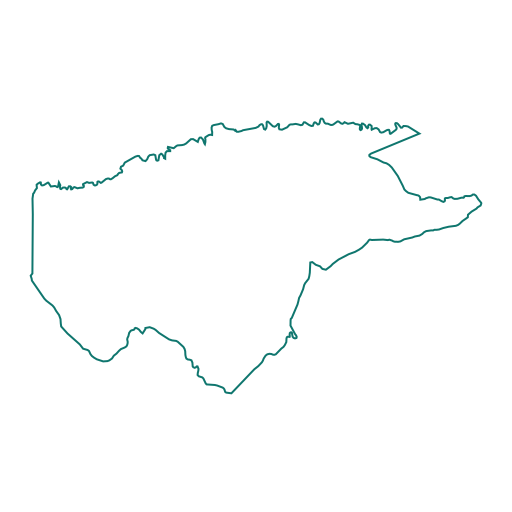 map outline of Guaviare (Mercator projection)
{"feature_id": "COL-1423", "entity_name": "Guaviare", "entity_type": "Commissiary", "adm_level": 1, "iso_a3": "COL", "parent_name": "Colombia", "parent_adm1": "", "projection": "mercator", "projection_center": [-71.908, 1.785], "detail": "fine", "context": "isolated", "style": "outline", "palette": "teal", "viewbox_px": 512, "rotation_deg": 0, "n_neighbors": 0, "source": "natural_earth", "source_scale": "10m", "svg_char_len": 6045}
<svg xmlns="http://www.w3.org/2000/svg" viewBox="0 0 512 512"><path d="M103.2,361.4L96.8,359.3L94.1,357.7L91.9,356.0L90.5,354.2L89.0,351.0L87.6,350.0L83.1,348.7L79.8,344.4L67.5,333.5L61.2,326.5L60.8,323.6L60.5,319.1L59.1,315.1L56.1,310.9L54.2,307.5L52.5,305.5L46.3,300.7L44.3,298.6L31.9,280.6L31.7,278.9L30.7,275.7L32.4,273.5L32.8,214.3L32.5,198.6L33.2,193.7L34.1,192.7L35.1,190.4L36.9,188.1L36.6,184.8L37.6,183.8L40.1,182.3L40.8,182.5L40.9,184.4L41.7,185.3L42.7,185.4L44.0,185.0L47.7,182.7L48.4,182.7L50.9,186.5L54.9,186.0L56.0,186.3L56.8,186.9L57.6,187.1L58.1,186.3L58.9,182.4L60.3,185.2L60.0,186.5L60.1,188.1L60.5,189.0L61.1,189.1L62.9,187.6L64.9,187.5L66.0,188.1L66.6,189.2L67.2,189.3L68.9,186.3L70.3,186.3L71.0,186.9L70.8,188.7L71.2,189.4L72.2,189.1L73.4,187.5L74.5,187.1L77.5,188.3L79.7,187.8L82.7,187.6L83.8,186.8L83.8,185.7L83.0,184.9L83.1,184.1L87.0,182.1L89.1,182.9L92.2,182.5L92.9,182.8L93.6,184.7L94.6,185.4L95.6,185.4L96.8,184.8L97.4,183.8L97.4,181.9L98.1,181.4L99.1,181.6L100.8,182.9L101.6,182.6L105.9,179.1L107.8,178.5L108.9,178.5L109.6,179.1L110.8,179.3L112.5,178.3L115.1,176.2L117.3,175.2L118.1,173.9L119.2,172.9L121.9,172.4L122.2,171.3L121.8,170.1L120.4,168.7L121.0,166.7L123.2,165.6L124.8,162.6L135.4,156.6L137.7,155.9L139.0,156.0L140.2,157.8L141.3,158.6L142.5,160.3L145.5,161.1L147.2,159.2L148.3,156.6L149.7,155.2L153.7,154.5L155.3,155.2L156.0,159.3L156.4,160.3L157.2,160.7L158.4,160.3L159.3,155.2L161.1,153.7L162.3,154.4L164.3,157.8L163.4,157.8L165.2,158.7L165.2,155.2L165.6,152.6L167.0,151.1L170.2,151.1L170.2,150.2L168.0,148.7L167.7,148.1L168.0,146.9L173.7,148.2L176.5,145.9L177.6,145.4L181.9,145.1L184.1,144.6L186.1,143.5L190.9,139.2L193.1,139.1L197.8,141.9L198.6,139.3L199.6,137.7L201.0,137.5L202.9,139.4L204.4,143.5L204.9,144.2L205.4,141.9L205.4,139.3L205.1,138.0L205.4,137.2L208.7,135.1L210.3,134.7L212.1,135.0L212.2,132.0L211.7,129.9L211.6,127.5L212.2,125.8L213.7,125.1L218.4,124.2L221.0,123.4L222.7,124.0L224.4,127.0L226.1,128.3L229.0,129.1L233.7,129.5L235.1,130.7L235.6,130.1L236.7,131.7L238.2,131.8L241.5,131.0L243.1,130.2L255.7,127.9L258.4,126.6L259.6,125.1L261.2,124.2L262.2,124.3L263.0,125.4L264.0,129.0L265.2,129.6L266.2,128.3L266.7,126.1L266.6,122.4L267.2,121.6L268.2,121.8L272.8,126.2L274.6,126.7L276.0,126.0L277.9,124.0L278.7,123.9L279.1,124.6L278.8,127.9L279.4,129.3L282.0,129.7L287.2,127.3L289.5,124.8L290.8,124.4L292.5,124.4L295.7,123.9L298.1,124.4L300.8,125.2L302.4,124.8L303.9,122.3L305.0,122.3L309.1,125.0L311.4,126.0L312.9,125.8L313.8,123.3L314.5,122.4L315.6,122.5L317.8,124.5L318.9,124.2L319.6,123.0L320.3,119.8L321.0,118.7L322.3,118.7L323.3,119.7L323.8,121.4L324.7,122.9L325.8,123.6L327.9,123.7L330.6,124.9L331.9,125.0L333.3,124.5L337.5,121.4L338.6,121.5L341.2,123.5L342.5,123.8L343.7,123.1L344.5,122.2L348.0,123.8L353.2,122.7L355.4,124.1L357.5,124.3L359.8,125.0L360.2,125.9L359.8,128.4L359.9,129.5L360.6,130.1L361.4,129.7L362.0,128.7L361.9,127.0L361.5,125.1L361.9,123.6L362.9,123.6L365.0,125.1L366.4,127.4L367.5,128.2L368.2,127.5L368.1,125.9L368.9,124.7L369.9,124.6L371.6,126.0L371.7,127.7L371.5,129.0L371.7,129.7L374.9,128.2L376.7,128.1L378.6,129.4L380.1,132.1L381.3,132.6L383.3,132.2L386.7,130.2L388.1,129.8L389.0,129.9L389.5,131.0L389.9,133.6L390.6,133.8L395.8,129.9L396.6,128.8L396.6,127.6L395.4,124.9L395.2,123.9L395.6,123.1L396.8,123.1L398.0,124.0L401.0,127.7L402.1,127.6L403.5,126.0L406.0,126.1L408.0,126.5L419.4,133.6L371.0,153.6L369.4,154.8L369.3,155.9L370.5,157.1L377.4,159.3L383.5,162.5L386.5,163.3L389.1,164.9L391.8,167.5L397.8,176.0L402.8,185.8L404.4,189.5L406.0,191.1L408.3,192.8L417.0,195.2L417.9,195.3L419.0,195.9L420.1,197.2L420.3,199.7L424.8,199.0L425.6,198.4L428.9,197.3L430.7,197.4L437.3,199.5L438.8,199.5L441.7,201.2L443.4,201.9L444.6,201.3L445.0,200.2L444.8,199.1L444.9,198.4L445.8,198.0L447.8,198.0L450.0,197.3L451.6,197.1L453.2,198.4L454.5,198.9L457.4,198.8L461.0,197.8L462.2,197.6L463.2,197.8L463.9,197.5L464.4,196.3L465.8,196.0L469.6,196.1L471.5,195.6L472.9,194.5L474.3,194.5L476.0,195.7L478.2,199.2L481.2,202.8L481.3,203.5L480.6,205.5L477.5,207.4L476.5,208.6L471.6,211.6L468.0,214.7L467.8,217.3L462.5,221.0L459.6,223.8L458.1,224.9L455.9,225.8L448.8,226.7L443.3,228.0L439.0,229.5L436.6,229.8L434.4,229.8L433.2,230.4L431.1,230.4L426.2,231.1L424.1,232.2L422.2,234.0L419.5,235.6L414.8,236.5L412.3,237.5L404.2,239.3L400.4,241.4L398.2,241.8L394.7,241.7L393.3,241.3L392.1,240.6L389.4,239.7L387.9,240.1L383.2,239.6L371.9,240.0L369.9,239.6L369.0,240.1L367.1,242.7L362.1,247.6L359.0,249.7L355.0,251.9L348.7,254.2L338.6,259.5L332.8,263.9L330.6,266.2L325.9,269.7L322.4,268.9L320.0,266.3L315.8,264.8L312.3,262.1L310.3,262.5L309.8,272.8L309.3,276.1L308.6,278.8L305.2,283.1L304.2,285.0L303.1,289.2L300.5,295.4L299.1,297.9L298.4,301.1L297.5,304.5L291.8,317.9L290.8,318.9L290.6,320.1L290.5,325.6L295.0,334.0L296.1,335.4L296.7,336.9L296.4,338.0L295.0,338.4L293.6,337.9L292.6,336.7L291.9,332.8L291.3,332.3L290.5,332.4L289.8,333.1L289.6,334.8L289.8,336.1L289.6,336.9L287.8,336.7L286.9,337.2L286.5,338.3L286.3,342.1L284.8,345.1L283.5,346.9L281.3,348.6L275.8,354.3L274.3,354.8L273.0,354.7L271.4,354.0L269.5,353.8L267.3,354.3L265.6,355.6L263.7,358.5L262.9,360.6L261.9,362.3L258.2,366.2L254.4,369.2L231.4,393.3L226.2,392.6L225.2,391.9L224.4,389.4L223.7,388.4L222.7,387.6L217.1,385.5L214.9,385.0L206.6,384.4L205.7,383.4L203.4,378.5L202.3,377.4L198.8,376.3L197.6,375.0L197.8,372.9L198.3,370.8L198.5,368.9L197.5,366.4L196.7,366.4L195.8,367.4L194.6,367.8L193.3,367.2L192.7,366.4L192.4,362.6L191.4,360.3L189.7,359.7L187.9,359.5L186.4,358.6L185.8,357.0L185.4,355.0L185.2,351.2L184.6,349.0L183.4,346.9L177.7,341.7L176.1,340.9L172.1,340.4L169.1,339.4L159.1,333.0L155.6,329.9L153.7,328.7L149.7,327.2L145.4,328.0L145.3,329.2L142.6,333.4L140.8,331.9L139.1,329.7L137.2,328.4L135.6,327.9L134.7,328.3L134.4,329.3L133.8,329.8L131.7,330.3L130.7,330.8L129.2,332.8L128.4,336.1L127.4,338.2L127.2,339.5L127.7,341.9L127.6,343.3L127.2,344.9L126.4,346.4L124.7,347.5L120.9,349.1L119.0,350.8L116.5,353.6L113.8,355.7L112.0,358.5L109.3,360.4L107.5,361.1L103.2,361.4Z" fill="none" stroke="#0f766e" stroke-width="2"/></svg>